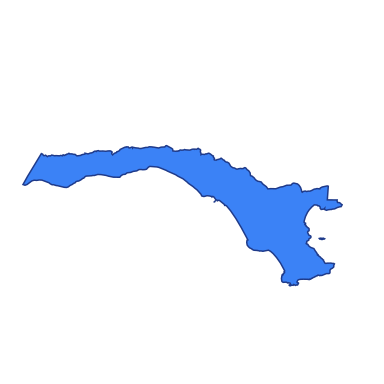 Yarrabah, Queensland, Australia (Natural Earth projection), rotated 112°
{"feature_id": "25037944B68165922230856", "entity_name": "Yarrabah", "entity_type": "district", "adm_level": 2, "iso_a3": "AUS", "parent_name": "Australia", "parent_adm1": "Queensland", "projection": "natural_earth1", "projection_center": [145.904, -17.017], "detail": "fine", "context": "isolated", "style": "filled", "palette": "blue", "viewbox_px": 384, "rotation_deg": 112, "n_neighbors": 0, "source": "geoboundaries", "source_scale": "gbopen_adm2", "svg_char_len": 5932}
<svg xmlns="http://www.w3.org/2000/svg" viewBox="0 0 384 384"><g transform="rotate(112 192 192)"><path d="M248.4,351.5L248.3,349.4L246.8,347.7L241.8,344.7L240.2,342.8L239.4,340.3L238.1,338.2L237.2,335.6L237.0,328.0L237.5,326.5L237.7,324.4L237.1,323.2L236.9,320.3L236.6,319.6L235.5,312.2L234.8,310.0L233.6,308.6L231.6,307.5L229.9,305.9L228.1,304.8L227.4,303.9L225.8,303.4L224.8,302.2L224.3,301.2L222.4,299.6L220.1,298.2L219.8,297.6L217.9,296.9L216.9,296.1L214.4,290.9L213.8,290.2L213.3,288.8L211.0,285.9L209.9,282.7L208.8,277.8L208.6,275.4L207.7,270.5L205.4,264.5L203.3,263.8L201.6,262.5L200.6,260.6L198.5,259.3L196.8,256.2L194.9,254.2L193.1,251.1L191.1,249.6L190.2,247.6L189.8,246.0L188.8,243.9L187.9,242.7L185.5,241.8L184.1,240.8L181.9,233.9L181.6,231.9L181.6,223.8L181.8,222.9L182.1,213.6L182.6,211.2L183.1,205.3L184.8,199.7L185.3,198.7L186.6,193.0L187.4,190.8L188.2,188.0L190.8,182.7L192.0,181.6L191.9,179.9L191.5,178.9L189.8,176.7L189.1,174.2L188.8,172.1L189.2,171.6L188.4,171.2L188.3,170.6L188.6,169.5L190.2,167.0L190.2,166.1L190.7,165.4L190.6,165.0L190.0,164.8L189.6,163.8L189.6,163.2L191.3,157.7L191.7,156.9L192.2,156.7L191.8,155.9L191.9,154.8L195.0,149.1L200.2,141.3L206.7,132.8L215.5,122.2L216.1,122.9L218.2,122.4L220.5,121.0L221.6,119.2L222.2,117.6L222.4,115.0L222.7,114.7L222.8,112.8L221.7,109.4L221.7,108.9L221.4,108.1L221.4,107.1L220.8,106.1L220.4,104.1L217.3,99.3L217.6,96.9L218.7,93.7L221.1,89.0L224.7,83.4L230.4,76.5L231.2,76.8L231.7,76.1L232.3,76.0L233.0,76.7L234.5,76.6L234.6,77.3L235.0,77.4L235.5,77.0L236.2,77.3L237.3,76.9L238.4,76.8L241.0,75.4L241.5,74.5L241.6,73.6L240.3,70.9L240.4,69.7L240.1,69.0L240.4,68.9L239.9,67.9L239.8,66.8L240.6,66.1L241.4,66.6L241.7,67.0L242.0,67.0L242.3,66.1L242.0,65.5L241.0,64.6L240.6,63.2L239.6,63.0L239.9,61.2L239.1,60.5L239.0,59.7L238.4,59.2L236.6,59.1L236.4,59.6L236.6,60.4L236.1,61.0L234.5,60.9L233.5,60.5L232.4,58.9L231.1,56.0L229.4,51.5L229.4,50.6L228.7,50.3L228.6,49.6L227.9,49.0L227.4,48.9L226.9,48.2L226.4,48.0L225.2,46.8L224.4,46.3L224.1,45.7L223.1,45.2L222.7,44.4L222.1,44.3L221.7,43.5L221.7,42.1L221.2,41.9L221.0,40.9L220.5,40.1L217.3,36.8L216.3,34.4L215.7,33.9L214.9,33.9L212.8,34.8L211.2,34.3L210.1,33.3L208.4,32.5L206.8,33.1L205.3,33.0L205.1,33.8L205.5,34.6L205.9,36.6L207.4,40.1L208.1,41.2L208.1,42.2L206.4,44.3L205.8,44.6L205.8,45.2L205.2,46.2L204.8,47.7L204.2,48.8L204.0,50.0L203.7,50.5L203.5,51.5L203.2,51.5L203.2,52.0L202.8,51.9L202.4,52.9L201.6,53.7L200.4,55.7L199.0,57.5L198.8,57.8L198.9,61.4L198.1,63.9L197.2,64.8L197.2,66.2L196.9,66.3L197.1,66.6L196.8,66.9L196.2,66.7L194.7,67.1L193.0,65.7L191.7,66.0L190.1,64.9L189.1,64.8L188.3,65.5L188.2,67.5L186.4,69.5L185.9,69.8L185.0,69.8L184.4,69.1L183.8,69.0L182.2,69.7L181.7,70.6L181.7,71.6L181.1,72.5L180.9,73.5L180.5,73.6L180.2,74.0L180.0,75.0L179.8,75.2L179.1,74.8L178.4,75.0L178.3,76.2L178.0,76.8L176.3,77.2L172.3,77.6L167.6,77.3L164.5,76.6L162.2,75.7L161.8,75.7L158.1,73.8L157.3,71.1L157.7,70.0L157.3,69.4L157.4,68.5L158.0,67.5L159.1,67.0L159.8,65.7L158.4,63.2L157.6,62.9L158.1,62.8L158.6,62.2L158.6,60.5L157.4,59.0L156.3,57.0L156.1,56.3L155.4,55.6L154.2,53.4L151.9,51.4L150.8,50.0L150.0,49.0L149.9,48.4L148.4,48.0L147.5,48.1L147.5,48.9L146.9,50.0L146.7,50.8L146.7,51.7L147.2,53.1L145.9,54.2L145.0,54.4L148.6,63.6L135.6,67.8L135.7,68.9L138.6,73.2L140.3,74.6L141.2,74.6L142.0,77.4L143.2,79.0L143.3,79.4L144.2,80.4L145.1,81.0L145.5,81.4L146.8,82.7L147.3,83.5L147.7,84.7L148.6,85.8L148.7,87.4L149.7,88.9L150.9,89.7L150.5,90.4L149.3,91.2L147.1,93.1L145.7,95.2L145.0,97.2L145.5,100.5L145.9,101.5L146.7,102.1L148.6,102.9L150.3,106.8L153.0,109.7L154.3,111.9L157.6,115.5L159.4,120.3L160.7,122.8L159.2,125.1L158.2,128.9L157.8,129.9L156.8,131.5L157.1,134.0L157.4,134.9L157.0,137.2L156.4,138.5L155.6,139.7L154.8,142.2L154.9,143.9L152.5,145.3L151.0,147.5L150.7,149.2L149.6,151.1L149.6,152.1L150.2,152.8L151.0,153.2L151.7,154.6L151.9,155.7L152.9,157.4L153.8,158.5L154.1,159.5L153.8,161.5L154.2,163.2L153.7,165.6L151.4,168.6L151.1,170.4L151.4,171.2L151.3,172.4L151.1,173.2L150.5,173.8L150.6,174.8L149.7,177.5L149.9,177.9L150.6,178.2L151.3,179.0L151.7,179.6L152.2,180.1L152.5,180.9L153.4,181.4L153.9,183.3L153.5,183.7L152.3,183.8L151.9,185.0L150.6,185.7L150.7,186.5L149.9,189.1L149.7,190.7L149.9,191.3L151.3,192.8L151.4,193.4L152.6,194.6L152.9,195.9L153.4,197.3L154.0,197.6L152.4,198.5L151.7,199.3L149.9,199.7L149.4,200.8L149.5,201.9L149.2,202.7L150.7,203.7L151.2,205.6L151.6,205.8L151.7,206.8L152.4,208.0L154.0,209.7L155.3,213.7L155.4,214.8L156.1,215.4L157.1,217.2L157.3,218.3L157.8,219.0L158.7,219.4L159.0,220.2L159.5,220.4L159.7,221.4L160.2,221.9L161.1,225.1L159.5,226.0L159.1,227.3L158.5,232.9L159.1,233.7L160.4,234.1L162.0,237.5L163.7,239.4L164.8,244.6L165.1,245.0L165.1,245.8L166.1,248.6L167.2,249.7L168.0,251.6L170.8,255.6L171.4,257.3L171.4,258.2L172.2,260.8L172.6,263.2L173.5,263.5L172.9,263.9L172.7,264.4L174.5,266.3L174.7,267.0L174.1,267.9L174.6,269.5L174.9,269.6L175.0,270.1L175.9,271.3L179.5,274.6L180.6,274.7L181.8,275.5L182.9,276.8L183.7,276.8L185.2,278.5L187.3,279.5L186.6,280.7L185.8,281.1L185.3,280.9L184.9,281.0L184.5,282.1L184.5,283.2L185.4,285.3L186.5,287.1L187.4,290.0L188.8,293.2L188.7,294.3L189.6,295.7L190.3,295.9L190.3,297.0L190.6,297.5L191.7,298.4L192.3,298.6L193.7,300.2L193.9,300.9L195.2,302.1L195.7,302.9L196.1,305.7L196.7,305.4L197.3,306.0L198.3,307.6L199.3,308.7L199.7,308.8L201.6,312.2L200.9,314.7L201.4,315.5L201.6,317.4L202.5,319.9L202.2,320.6L203.5,321.6L204.0,322.5L204.9,322.9L205.0,323.4L205.9,324.0L205.8,325.3L206.3,325.7L206.9,325.6L207.3,327.5L208.1,328.4L209.3,332.0L209.8,332.6L210.3,335.9L211.4,336.6L212.3,338.7L213.4,339.4L212.7,341.5L213.4,342.1L213.8,343.3L212.8,344.8L213.1,345.9L213.0,346.1L238.9,350.3L248.4,351.5ZM187.6,54.4L187.1,53.2L186.6,52.9L186.2,51.8L185.7,51.5L185.6,53.0L186.2,53.9L186.6,55.5L187.4,56.6L187.8,56.0L187.4,55.1L187.6,54.4ZM191.8,167.2L192.6,167.7L192.8,167.6L192.4,167.2L191.8,167.2Z" fill="#3b82f6" stroke="#1e3a8a" stroke-width="1.5"/></g></svg>